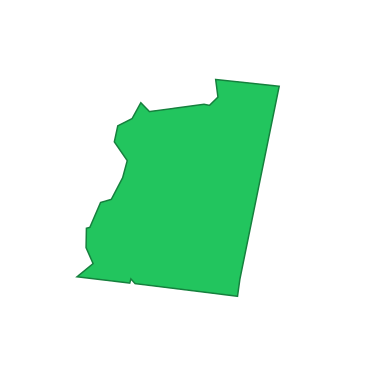 the district of Twiggs, Georgia, United States of America, rotated 37°
{"feature_id": "52423323B36481911498881", "entity_name": "Twiggs", "entity_type": "district", "adm_level": 2, "iso_a3": "USA", "parent_name": "United States of America", "parent_adm1": "Georgia", "projection": "robinson", "projection_center": [-83.494, 32.675], "detail": "fine", "context": "isolated", "style": "filled", "palette": "green", "viewbox_px": 384, "rotation_deg": 37, "n_neighbors": 0, "source": "geoboundaries", "source_scale": "gbopen_adm2", "svg_char_len": 464}
<svg xmlns="http://www.w3.org/2000/svg" viewBox="0 0 384 384"><g transform="rotate(37 192 192)"><path d="M143.2,87.9L155.6,100.6L153.8,112.3L148.8,114.7L109.6,153.4L97.4,151.5L100.0,169.4L92.9,183.8L99.8,198.7L121.4,205.9L128.0,222.3L132.0,246.4L125.3,255.4L131.7,281.7L129.5,284.5L140.9,300.2L156.1,308.7L151.2,328.9L197.1,302.2L195.5,298.2L201.7,299.4L291.1,247.9L282.7,232.8L198.0,55.1L143.2,87.9Z" fill="#22c55e" stroke="#15803d" stroke-width="1.5"/></g></svg>